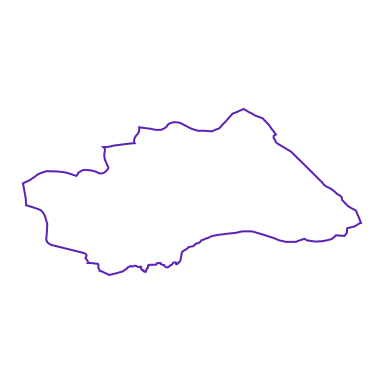 Hornindal nor, Sogn og Fjordane, Norway (Robinson projection)
{"feature_id": "86288312B93534014402224", "entity_name": "Hornindal nor", "entity_type": "district", "adm_level": 2, "iso_a3": "NOR", "parent_name": "Norway", "parent_adm1": "Sogn og Fjordane", "projection": "robinson", "projection_center": [6.586, 61.998], "detail": "fine", "context": "isolated", "style": "outline", "palette": "violet", "viewbox_px": 384, "rotation_deg": 0, "n_neighbors": 0, "source": "geoboundaries", "source_scale": "gbopen_adm2", "svg_char_len": 5801}
<svg xmlns="http://www.w3.org/2000/svg" viewBox="0 0 384 384"><path d="M243.5,109.0L241.6,109.9L234.5,113.0L232.6,113.6L230.7,115.7L226.1,121.0L221.9,125.3L220.4,127.2L219.0,128.5L215.6,129.7L213.9,130.5L211.9,131.3L202.8,130.7L198.8,130.9L195.3,130.0L191.7,128.8L188.8,127.5L185.7,125.7L182.4,124.1L180.7,123.1L179.5,122.8L177.5,122.4L175.7,122.2L172.7,122.4L171.5,122.8L170.0,123.3L168.6,124.0L167.8,124.8L167.2,125.5L166.9,126.4L165.9,127.2L165.1,127.9L161.9,129.5L160.8,129.8L159.4,129.9L156.8,129.9L154.2,129.6L152.8,129.3L151.9,129.0L149.4,128.6L145.8,128.2L139.2,127.3L139.3,128.1L139.3,129.5L139.3,129.9L139.2,130.6L139.1,131.3L138.4,132.8L137.6,134.0L136.6,135.0L136.1,135.6L135.4,136.8L135.0,137.3L134.6,138.1L134.5,138.8L134.2,139.6L134.2,140.3L134.1,140.8L134.2,142.6L134.6,143.2L132.5,143.3L125.1,144.1L117.7,145.1L115.0,145.4L113.9,145.6L112.5,145.9L111.1,146.3L108.6,146.8L106.0,147.0L103.4,147.1L104.4,147.9L104.7,148.6L104.9,149.4L104.9,150.2L104.6,152.5L104.2,154.2L104.3,155.0L104.3,155.7L104.5,157.3L104.8,159.4L105.2,160.5L106.1,162.2L106.9,164.5L107.7,165.8L108.4,167.4L108.3,168.0L108.1,168.5L107.7,169.2L106.8,170.5L105.0,172.0L104.2,172.6L103.1,173.1L102.2,173.4L101.1,173.4L100.0,173.4L98.7,173.1L96.9,172.2L96.1,171.8L94.6,171.3L92.9,170.9L91.7,170.5L85.6,169.9L84.2,169.9L83.1,170.1L81.5,170.7L78.0,173.1L77.4,174.8L76.3,175.9L74.8,175.4L73.5,175.0L71.3,174.2L68.2,173.2L66.5,172.7L63.0,172.1L57.7,171.5L55.2,171.4L46.2,171.2L40.1,173.3L37.3,174.7L34.7,176.8L32.3,178.4L31.0,179.4L29.3,180.4L26.2,181.8L23.0,183.3L24.2,189.8L25.7,198.4L26.2,205.4L30.4,206.5L35.4,208.1L40.0,209.8L41.1,210.5L42.4,211.8L43.3,213.1L44.2,214.5L44.9,216.1L45.5,217.9L47.3,224.0L46.8,233.2L46.2,239.7L46.8,241.0L47.4,242.2L48.6,243.4L50.0,244.3L51.6,245.0L54.8,245.8L77.8,251.5L84.1,253.1L85.6,254.0L86.6,255.4L86.4,256.3L85.4,257.8L85.6,257.9L85.9,258.4L86.9,259.9L88.1,261.9L88.4,262.4L87.9,262.9L92.7,263.2L95.3,263.6L97.7,263.8L98.0,263.9L98.5,265.1L98.4,266.3L98.3,267.1L98.3,267.4L98.6,268.3L99.3,269.6L99.8,271.1L102.0,271.4L102.5,271.7L105.1,273.1L106.5,273.6L109.1,274.9L109.9,275.0L111.1,274.5L112.4,274.2L114.0,273.9L122.8,271.4L124.7,269.9L126.7,268.8L127.7,267.4L129.3,266.7L130.1,266.5L130.2,266.4L130.5,266.1L130.8,265.9L131.0,266.0L131.6,266.4L131.8,266.5L132.2,266.5L132.9,266.4L133.6,266.1L134.3,265.8L134.7,265.7L135.0,265.7L136.0,265.9L136.5,266.1L137.1,266.5L137.4,266.8L137.7,266.9L137.9,266.9L138.3,266.9L138.9,266.9L139.5,266.9L139.8,266.7L140.2,266.6L140.4,266.6L140.8,266.7L141.2,267.0L141.1,267.3L140.8,267.7L141.0,268.5L141.2,268.8L141.2,269.0L141.3,269.2L141.4,269.3L141.5,269.5L141.8,269.6L142.2,269.7L142.3,269.8L142.4,270.0L142.7,270.0L143.2,270.2L143.4,270.4L143.5,270.4L143.6,270.5L143.5,270.9L143.4,271.0L143.9,271.4L144.4,271.6L145.2,271.9L145.7,271.9L145.8,271.6L146.3,269.8L146.5,269.0L147.2,268.7L147.3,268.5L147.4,268.1L147.6,268.0L147.9,267.8L148.0,267.7L147.9,267.3L147.9,267.1L148.0,266.8L147.9,266.4L148.0,265.5L148.3,265.4L149.3,265.3L149.3,264.9L149.6,264.9L149.8,264.9L150.9,264.7L151.2,264.7L152.2,264.8L154.3,264.7L154.5,264.6L155.7,264.7L156.0,264.7L156.3,264.5L156.7,263.9L156.9,263.7L157.0,263.5L157.4,263.3L157.3,263.2L158.2,262.9L159.6,263.1L160.4,263.1L161.0,263.4L161.1,263.8L161.0,264.1L161.3,264.2L161.4,264.3L161.5,264.3L162.6,264.9L163.5,265.1L164.0,265.1L164.0,265.3L164.3,265.7L164.5,266.0L164.9,266.3L165.1,266.6L166.1,267.0L167.0,267.4L168.0,267.3L170.1,265.6L170.5,265.2L171.2,265.1L171.6,264.8L172.1,264.4L172.5,263.9L173.1,262.9L173.3,262.9L173.8,262.6L174.0,262.6L174.5,262.4L175.7,262.5L176.0,262.6L176.2,262.8L176.2,263.0L176.1,263.4L176.2,263.6L176.1,263.8L176.2,264.2L177.0,264.2L180.0,261.3L180.4,260.6L181.9,252.3L183.0,251.1L184.4,250.3L185.5,249.7L186.4,249.1L187.4,248.4L188.1,247.6L188.9,247.0L189.8,246.8L190.8,246.6L192.1,246.4L193.2,246.1L194.4,245.3L194.6,244.8L195.0,244.3L195.6,244.0L195.9,243.7L197.3,243.3L198.4,242.9L199.5,242.6L199.9,242.3L200.3,241.7L200.8,241.3L200.9,240.9L201.3,240.5L201.9,240.2L202.6,239.9L203.3,239.8L204.0,239.4L204.9,239.0L206.2,238.5L208.9,237.6L209.9,236.9L212.7,235.9L217.3,235.0L219.3,234.7L222.5,234.4L225.8,233.9L228.1,233.6L235.5,232.9L239.4,232.0L242.5,231.3L243.6,231.4L245.3,231.3L251.6,231.3L252.5,231.5L253.1,231.7L255.3,232.3L256.8,232.8L258.6,233.3L260.2,233.8L262.4,234.4L266.5,235.7L267.8,236.2L270.4,237.0L272.8,237.7L273.9,238.3L275.0,238.5L277.3,239.6L278.6,240.0L279.3,240.4L281.9,240.9L283.5,241.3L285.7,241.8L286.7,241.9L288.3,241.9L295.3,241.9L296.1,241.8L297.6,241.1L298.2,240.9L300.5,240.1L301.8,239.7L303.2,239.1L304.0,238.8L305.2,239.2L306.2,239.8L307.0,240.4L308.2,240.6L309.9,240.8L313.8,241.4L315.0,241.5L316.7,241.5L321.5,241.3L323.8,240.9L325.9,240.5L327.2,240.2L329.4,239.7L330.7,239.4L332.1,238.7L332.7,238.2L334.8,236.6L335.5,235.8L336.1,235.2L337.1,235.4L338.2,235.5L341.5,235.7L343.4,235.9L344.5,235.9L344.7,235.4L345.6,234.5L346.0,233.9L346.3,233.5L346.9,232.5L347.0,231.8L347.0,230.4L347.0,229.3L347.1,228.5L347.5,228.0L348.7,227.8L350.3,227.5L353.1,226.8L354.9,226.3L357.1,224.9L359.5,223.3L361.0,222.9L359.1,218.1L356.8,212.7L356.3,211.3L355.9,210.5L352.8,208.9L351.6,208.3L347.8,206.0L347.2,205.3L345.7,203.7L342.2,200.1L341.8,198.5L341.5,196.8L339.4,195.2L337.2,194.1L334.2,191.2L332.0,189.5L330.4,188.5L326.1,186.4L325.0,185.7L323.5,184.3L322.5,182.8L311.1,171.4L303.3,163.7L300.0,160.4L298.8,159.3L291.2,151.8L288.2,149.9L287.0,149.3L286.2,148.8L283.8,147.3L278.0,143.9L277.2,143.3L276.3,142.6L275.2,140.6L274.7,139.5L273.8,138.3L273.6,137.4L273.6,136.2L275.9,134.5L275.2,133.7L274.7,132.9L273.3,130.9L272.5,130.1L271.3,128.4L270.0,126.4L268.4,124.2L267.1,123.1L266.1,121.9L264.6,120.5L262.6,118.3L259.1,117.0L257.2,116.3L255.0,115.5L252.1,113.6L249.2,112.3L246.1,110.4L243.5,109.0Z" fill="none" stroke="#5b21b6" stroke-width="2"/></svg>